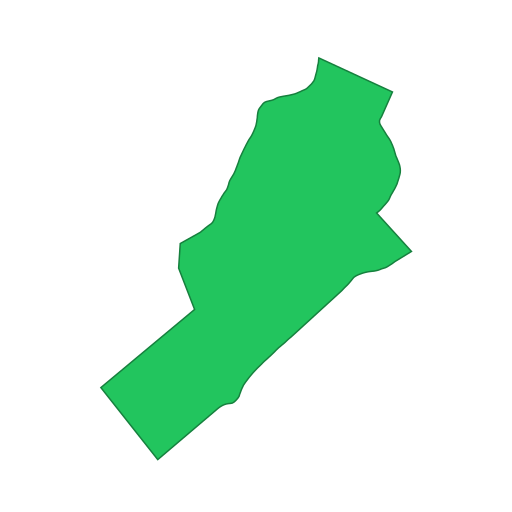 outline of General Angel V. Peñaloza, La Rioja, Argentina, rotated 226°
{"feature_id": "61730980B31870245826613", "entity_name": "General Angel V. Peñaloza", "entity_type": "district", "adm_level": 2, "iso_a3": "ARG", "parent_name": "Argentina", "parent_adm1": "La Rioja", "projection": "natural_earth1", "projection_center": [-66.64, -30.285], "detail": "fine", "context": "isolated", "style": "filled", "palette": "green", "viewbox_px": 512, "rotation_deg": 226, "n_neighbors": 0, "source": "geoboundaries", "source_scale": "gbopen_adm2", "svg_char_len": 3361}
<svg xmlns="http://www.w3.org/2000/svg" viewBox="0 0 512 512"><g transform="rotate(226 256 256)"><path d="M151.3,371.0L203.2,372.6L202.9,374.9L202.8,376.8L202.9,378.8L203.1,380.8L203.3,382.8L203.4,384.8L203.6,386.8L203.8,388.7L204.2,390.7L204.9,392.5L205.7,394.4L206.3,396.2L206.8,398.2L207.4,400.1L207.9,402.0L208.5,403.8L209.2,405.7L209.9,407.5L210.9,409.3L211.8,411.0L212.7,412.7L213.7,414.4L214.7,416.1L215.8,417.7L217.1,419.1L218.6,420.4L220.2,421.5L221.8,422.5L223.6,423.3L225.3,424.0L227.1,424.7L228.8,425.4L230.6,426.0L232.3,426.9L234.0,427.8L235.7,428.7L237.4,429.6L239.1,430.3L240.9,431.1L242.7,431.7L244.5,432.4L246.3,432.9L248.1,433.3L250.0,433.6L251.9,433.9L253.7,434.3L255.5,434.7L257.4,435.1L259.3,435.5L261.1,435.9L263.0,436.3L264.8,436.8L266.5,437.8L267.8,439.2L268.5,441.0L269.0,443.0L279.2,468.1L354.8,438.8L353.6,437.3L352.3,435.9L351.1,434.3L350.1,432.6L348.9,431.1L347.7,429.5L346.6,427.9L345.6,426.2L344.6,424.5L343.6,422.9L342.6,421.2L341.8,419.4L341.5,417.4L341.2,415.4L341.2,413.4L341.2,411.4L341.2,409.4L341.5,407.5L342.2,405.6L342.9,403.8L343.5,401.9L344.2,400.1L344.9,398.2L345.7,396.4L346.7,394.7L347.7,393.0L348.7,391.3L349.8,389.7L350.9,388.1L352.0,386.5L353.1,384.8L354.1,383.2L355.0,381.4L355.6,379.5L356.1,377.6L356.9,375.8L357.9,374.1L358.9,372.4L359.9,370.7L360.6,368.8L360.7,366.9L360.4,364.9L359.8,360.9L359.2,359.1L358.2,357.4L357.0,355.8L355.8,354.3L354.5,352.9L353.3,351.3L352.1,349.8L351.0,348.2L349.9,346.6L349.0,344.8L348.2,343.0L347.4,341.2L346.7,339.4L346.0,337.5L345.4,335.6L345.0,333.7L344.6,331.8L344.0,329.8L343.4,328.0L342.8,326.1L342.1,324.2L341.5,322.4L340.8,320.5L340.1,318.7L339.4,316.8L338.7,315.0L338.0,313.1L337.1,311.3L336.2,309.6L335.3,307.9L334.5,306.1L333.6,304.3L332.8,302.5L331.9,300.7L331.2,298.9L330.5,297.1L330.0,295.2L329.5,293.2L329.0,291.3L328.4,289.4L327.6,287.7L326.5,286.0L325.6,284.3L324.7,282.5L324.0,280.7L323.7,278.7L323.4,276.7L322.9,274.8L322.5,272.9L321.9,271.0L321.4,269.1L320.8,267.2L320.1,265.3L319.2,263.6L318.2,261.9L317.2,260.2L316.1,258.6L314.9,257.0L313.8,255.4L312.7,253.8L311.8,252.1L311.0,250.3L310.4,248.3L310.3,246.4L310.6,244.4L310.9,242.4L311.1,240.5L311.3,238.5L311.4,236.5L311.6,234.5L311.7,232.5L317.6,210.2L301.0,191.9L260.2,174.7L269.1,53.0L177.8,43.9L172.8,122.5L172.6,124.5L172.2,126.5L171.7,128.4L171.0,130.2L170.1,132.0L169.0,133.6L167.8,135.1L166.7,136.7L166.2,138.6L166.1,140.7L166.2,142.7L166.4,144.6L166.9,146.5L167.9,148.2L168.7,150.0L169.6,151.8L170.4,153.6L171.1,155.5L171.8,157.3L172.2,159.2L172.6,161.2L172.9,163.2L173.2,165.1L173.5,167.1L173.7,169.1L173.9,171.0L174.1,173.0L174.2,175.0L174.3,177.0L174.4,179.0L174.4,181.0L174.4,183.0L174.4,184.9L174.5,186.9L174.5,188.9L174.4,190.9L174.3,192.9L174.3,194.9L174.2,196.9L174.2,198.9L174.2,200.9L174.2,202.9L174.3,204.8L174.3,206.8L174.3,208.8L174.1,210.8L174.0,212.8L173.8,214.8L173.7,216.8L173.7,218.7L173.7,220.7L173.6,222.7L173.4,224.8L171.5,293.6L171.6,295.6L171.7,297.6L171.7,299.6L171.7,301.6L171.8,303.6L172.0,305.5L172.2,307.5L172.5,309.5L172.7,311.5L172.4,313.4L171.9,315.3L171.2,317.2L170.4,319.0L169.6,320.8L168.7,322.5L167.7,324.2L166.6,325.9L165.5,327.4L164.3,329.0L163.1,330.5L162.0,332.2L161.0,333.9L160.2,335.7L159.5,337.5L158.6,339.2L157.7,341.0L157.1,342.9L156.7,344.8L156.3,346.8L155.9,348.7L155.5,352.0L151.3,371.0Z" fill="#22c55e" stroke="#15803d" stroke-width="1.5"/></g></svg>